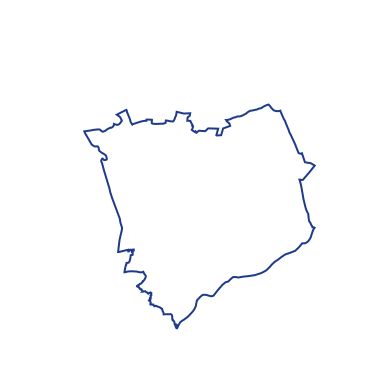 Scheia, Suceava, Romania (Robinson projection), rotated 127°
{"feature_id": "2599482B75590370819130", "entity_name": "Scheia", "entity_type": "district", "adm_level": 2, "iso_a3": "ROU", "parent_name": "Romania", "parent_adm1": "Suceava", "projection": "robinson", "projection_center": [26.193, 47.643], "detail": "fine", "context": "isolated", "style": "outline", "palette": "blue", "viewbox_px": 384, "rotation_deg": 127, "n_neighbors": 0, "source": "geoboundaries", "source_scale": "gbopen_adm2", "svg_char_len": 5962}
<svg xmlns="http://www.w3.org/2000/svg" viewBox="0 0 384 384"><g transform="rotate(127 192 192)"><path d="M262.6,226.4L263.6,225.7L264.9,225.0L268.4,223.5L273.7,221.1L276.9,219.3L284.4,214.9L284.2,214.6L283.7,214.1L276.5,208.2L277.8,207.2L277.4,206.7L277.1,206.9L276.2,207.2L275.8,206.9L276.2,206.7L274.9,205.4L274.8,205.6L274.0,204.8L273.9,204.9L273.0,203.9L273.9,203.2L274.5,203.7L274.3,203.9L274.9,204.5L275.2,204.5L275.4,204.4L276.0,203.9L275.4,203.5L276.3,202.7L277.9,201.6L279.4,202.9L283.2,200.7L283.6,200.8L284.4,200.3L285.8,200.1L286.4,200.1L286.7,200.2L288.0,201.6L289.5,200.8L289.7,201.0L291.4,200.3L295.2,198.5L296.7,197.6L295.8,196.7L294.1,195.4L292.7,193.8L291.7,192.6L288.9,188.4L287.6,185.6L286.8,184.2L286.1,183.6L285.0,182.9L286.1,180.9L286.3,179.8L286.6,179.0L286.9,178.4L287.7,177.8L288.8,177.5L290.7,177.2L291.9,177.3L292.8,177.2L292.9,177.6L294.0,177.5L295.6,177.5L296.3,178.0L297.1,178.2L297.1,178.4L297.6,178.5L298.3,178.5L298.6,178.8L299.2,178.7L299.6,179.3L299.9,179.4L300.4,179.3L300.5,179.1L300.3,178.3L300.2,177.7L300.0,177.2L300.4,176.8L300.4,176.7L300.1,176.5L300.2,176.1L300.8,175.0L300.4,174.5L300.2,174.0L300.6,173.8L300.6,173.3L300.5,172.8L300.8,171.8L300.9,171.7L301.2,171.6L301.4,171.7L301.5,171.7L301.0,171.2L300.5,170.6L299.9,170.1L299.4,169.6L299.5,169.0L299.4,167.8L299.1,167.1L299.3,166.7L299.6,166.4L299.5,165.8L299.4,165.6L297.5,165.0L297.1,164.4L297.1,164.2L297.3,163.9L297.2,163.6L297.3,163.5L297.7,163.6L298.2,163.2L298.9,162.3L299.1,162.3L299.1,162.6L299.6,162.8L299.8,162.7L299.8,162.3L300.1,162.2L301.0,161.5L301.4,161.3L301.7,161.4L301.9,161.5L302.0,161.7L302.4,161.5L302.7,161.3L302.8,161.1L302.4,160.8L302.4,160.7L302.7,160.6L303.2,160.7L304.2,161.2L304.5,161.2L304.6,160.6L304.0,160.1L304.0,159.9L304.5,159.5L304.9,158.8L305.3,158.3L306.1,158.1L306.9,157.5L306.9,157.3L306.5,156.9L305.9,156.4L305.7,155.7L305.2,155.3L305.3,155.0L305.5,154.9L305.6,154.6L305.5,153.9L305.8,153.7L305.9,153.3L305.4,152.8L304.6,152.4L304.5,151.5L303.7,149.0L303.4,147.3L303.6,146.3L303.3,145.6L304.2,144.6L305.7,142.0L306.8,141.0L306.4,140.6L305.4,139.3L304.3,138.0L303.9,137.3L302.3,135.5L302.3,134.2L302.5,133.9L303.4,132.7L304.6,132.0L305.3,131.2L305.8,130.8L305.9,130.6L305.6,130.3L305.7,130.2L306.1,129.7L306.0,128.8L306.2,128.3L306.5,127.7L308.2,126.2L308.3,125.9L308.3,125.7L308.1,125.5L307.4,125.2L307.3,124.9L307.3,124.5L308.1,124.2L308.8,124.5L309.1,124.4L309.6,123.7L309.6,123.3L309.6,123.0L310.1,122.6L310.1,122.4L310.0,122.1L309.8,121.9L306.0,122.7L303.3,123.0L301.3,122.6L298.5,121.5L294.3,120.3L291.4,119.9L287.3,119.5L285.2,119.5L282.4,119.9L280.1,120.6L277.7,121.9L275.5,122.8L270.8,122.3L268.1,121.7L267.2,121.0L266.1,119.6L265.5,118.3L263.8,114.0L262.1,112.5L259.6,112.4L254.5,112.3L247.7,111.8L243.6,110.8L241.8,109.2L238.2,108.7L235.3,108.0L233.6,106.0L232.4,103.5L228.8,100.2L225.3,96.4L220.6,91.8L214.9,87.8L210.4,85.7L205.4,84.8L202.0,84.6L197.7,83.9L194.7,82.7L189.9,81.4L185.7,79.9L181.6,77.1L176.8,74.2L172.4,73.4L169.1,73.2L166.6,73.1L165.4,71.3L164.7,70.8L163.7,70.2L161.2,69.5L157.7,69.7L155.8,70.2L154.4,70.8L150.0,72.2L147.5,72.7L146.8,72.6L146.9,73.4L147.4,73.9L147.6,74.5L147.6,74.9L147.0,75.5L146.5,77.0L145.2,79.3L145.0,80.6L143.3,82.5L140.5,85.1L140.0,85.4L139.7,85.8L139.3,86.5L137.7,89.7L136.2,91.8L130.5,98.8L123.7,106.0L121.9,108.0L119.6,110.7L117.4,113.6L117.0,113.0L116.5,111.7L115.9,111.3L115.4,110.7L114.5,110.7L104.9,110.1L97.0,109.9L97.5,114.1L97.8,115.3L98.0,115.5L98.8,116.8L100.1,119.4L100.1,119.6L100.2,119.8L94.9,127.5L95.9,127.9L96.4,129.3L96.7,130.4L92.9,136.7L92.3,137.5L88.0,145.5L86.5,148.4L85.9,149.8L84.4,152.1L83.9,152.6L83.5,153.6L82.7,154.9L80.6,158.5L79.4,160.2L78.9,161.3L78.5,162.5L77.1,165.0L74.8,169.1L73.9,170.4L75.4,171.6L76.8,173.6L77.6,175.8L77.1,179.1L76.3,181.9L76.1,183.5L77.9,184.8L80.0,185.9L81.3,186.5L83.3,187.1L85.2,188.8L87.5,190.1L88.1,190.8L90.7,192.9L91.5,193.8L92.5,194.6L94.1,195.3L97.0,196.1L100.3,197.6L101.9,198.6L102.9,199.3L103.9,200.7L104.4,201.2L104.9,201.6L105.8,202.0L107.1,203.2L108.2,203.9L111.1,205.4L113.2,207.1L114.0,208.1L114.6,206.5L114.8,203.5L114.9,203.2L116.3,201.3L122.5,205.4L129.1,202.9L132.0,206.3L132.0,206.7L125.7,209.2L131.1,216.9L131.6,217.4L131.9,217.5L135.4,218.0L138.8,223.2L138.9,223.4L142.1,224.2L141.4,225.8L142.4,226.1L142.5,228.2L142.5,229.6L141.1,229.8L139.5,230.4L139.0,231.6L138.6,231.3L138.2,232.2L137.7,232.8L137.6,233.7L136.2,236.1L137.9,238.6L137.4,238.8L136.2,239.8L134.8,240.3L132.4,239.7L130.2,240.8L134.3,245.8L134.9,247.1L135.3,248.2L137.2,252.5L139.4,251.3L140.8,250.7L141.7,250.5L142.5,250.5L143.5,250.0L144.3,249.8L145.8,249.5L147.0,249.5L148.0,251.0L148.7,252.1L149.8,254.6L150.6,255.9L152.8,254.7L155.0,256.3L156.1,257.9L157.7,259.7L159.9,262.5L161.3,264.9L161.3,265.1L160.8,266.0L158.4,267.4L158.4,267.5L161.5,271.9L162.6,271.3L163.9,272.9L166.2,275.0L173.4,280.1L174.1,280.2L173.4,282.2L173.0,283.0L172.5,283.8L171.5,285.0L170.3,286.8L169.8,287.8L168.4,290.0L167.4,291.9L166.5,292.9L166.1,293.3L165.9,293.7L165.9,293.9L175.5,298.6L175.4,295.0L175.6,294.1L176.7,291.9L177.3,291.0L177.6,291.2L178.1,290.9L180.6,290.8L181.6,291.0L183.0,291.7L183.5,292.3L184.4,294.5L184.6,295.3L186.2,294.4L187.2,294.5L188.7,294.8L189.6,295.4L189.9,296.1L190.8,296.4L191.6,296.9L193.0,297.4L193.8,297.8L195.0,298.0L197.5,299.4L197.8,301.0L197.8,301.6L197.5,302.7L197.8,303.6L198.0,304.0L199.2,305.4L201.9,308.3L203.9,310.0L208.4,314.5L209.4,312.8L210.0,311.4L211.8,306.9L214.4,300.9L214.5,300.4L214.3,297.6L214.1,297.1L213.7,296.5L212.3,294.7L212.3,294.4L212.6,293.7L212.9,293.2L214.3,291.8L214.8,291.1L214.9,290.5L215.0,287.9L214.6,284.8L214.6,283.3L214.8,282.4L215.1,281.9L216.9,279.9L217.4,279.7L217.8,279.8L219.2,281.1L219.4,281.4L219.4,282.0L219.1,283.3L219.2,283.6L219.4,283.8L219.9,283.8L221.4,283.5L221.7,283.3L222.0,283.1L223.1,281.2L228.1,274.8L238.6,260.4L241.5,257.0L244.8,252.3L256.7,233.7L257.2,233.1L259.0,231.3L260.1,230.0L262.6,226.4Z" fill="none" stroke="#1e3a8a" stroke-width="2"/></g></svg>